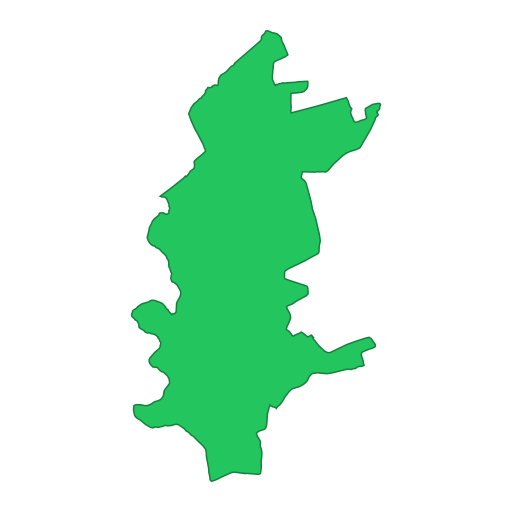 outline of Sanguie, Sanguié, Burkina Faso
{"feature_id": "67063806B51289395143870", "entity_name": "Sanguie", "entity_type": "district", "adm_level": 2, "iso_a3": "BFA", "parent_name": "Burkina Faso", "parent_adm1": "Sanguié", "projection": "albers", "projection_center": [-2.631, 12.224], "detail": "fine", "context": "isolated", "style": "filled", "palette": "green", "viewbox_px": 512, "rotation_deg": 0, "n_neighbors": 0, "source": "geoboundaries", "source_scale": "gbopen_adm2", "svg_char_len": 6052}
<svg xmlns="http://www.w3.org/2000/svg" viewBox="0 0 512 512"><path d="M211.7,481.3L216.4,479.6L222.0,476.8L231.9,472.4L234.5,472.1L244.7,473.5L247.4,473.4L257.9,474.3L259.0,474.3L260.2,473.6L260.7,472.4L261.3,467.1L261.2,460.8L261.6,457.8L261.9,452.9L261.3,449.1L260.2,446.2L260.5,442.3L260.1,440.8L257.0,435.5L256.6,434.6L256.6,433.2L257.4,432.2L259.3,431.0L264.1,429.4L265.3,428.6L265.9,427.5L266.5,425.3L266.9,422.2L267.4,414.1L269.1,407.3L270.0,405.2L270.3,405.6L271.3,406.1L272.1,406.3L272.9,406.9L274.1,407.0L275.6,407.6L276.3,408.5L277.4,406.7L279.9,404.7L281.5,402.6L282.8,400.8L285.0,396.9L289.6,391.0L292.1,388.9L300.3,386.2L304.4,383.7L306.6,381.5L307.4,380.4L309.1,376.8L311.7,373.9L312.8,373.4L317.0,372.8L326.8,373.7L329.0,373.4L331.5,373.0L347.9,369.0L351.5,369.5L353.0,368.7L355.3,368.6L357.9,366.7L362.4,366.1L364.1,365.3L363.3,362.9L363.3,361.5L362.6,359.1L361.2,355.0L361.2,353.8L361.7,352.7L363.1,351.6L369.3,349.1L372.3,348.2L373.6,347.6L374.8,347.0L375.3,346.2L375.5,345.4L375.0,344.1L371.1,338.5L369.0,337.3L364.3,338.5L357.3,340.8L346.7,344.6L330.5,352.4L328.4,352.7L327.2,352.4L324.7,351.2L318.9,345.8L313.5,339.0L312.6,337.3L313.2,337.3L311.5,335.1L310.2,335.6L308.1,336.9L306.5,336.0L305.2,334.8L301.8,332.3L301.2,332.1L300.6,332.2L300.0,333.0L295.1,335.0L293.7,336.1L292.2,335.6L291.3,334.1L289.1,331.3L286.4,329.6L286.3,329.1L287.1,326.3L288.4,323.8L290.6,318.2L290.4,315.6L290.0,314.2L289.3,312.5L287.2,308.9L286.7,307.1L286.9,306.5L287.6,305.9L292.7,303.8L296.0,301.3L305.9,296.0L307.5,294.6L308.0,293.9L308.1,292.8L307.8,288.1L307.4,286.8L306.7,286.2L305.7,285.7L289.4,280.4L284.9,278.7L284.5,277.9L284.6,272.3L284.8,271.3L285.5,270.7L288.5,268.7L305.6,260.5L308.5,258.7L318.0,253.6L318.6,253.0L319.0,251.7L319.2,246.3L320.3,240.6L319.4,234.6L315.7,218.7L312.6,209.6L310.9,200.9L308.0,189.9L306.9,186.4L306.4,183.9L305.2,181.6L304.2,180.4L301.4,178.2L301.4,176.3L302.4,171.8L314.8,172.1L317.4,171.7L319.2,171.9L322.5,171.7L325.4,172.0L326.4,171.6L328.3,170.3L333.2,164.4L342.2,156.1L346.1,153.3L349.9,151.5L356.7,149.4L359.6,148.0L360.7,146.6L370.3,129.9L374.7,120.7L375.5,118.0L376.2,116.9L377.6,115.9L377.7,115.4L378.2,114.9L378.1,114.5L377.5,113.5L377.5,113.0L376.9,112.3L377.2,111.1L378.1,110.8L379.7,108.6L379.6,107.2L380.4,104.9L380.4,104.2L379.5,103.4L378.0,103.4L372.6,104.4L365.9,108.3L365.4,108.8L365.3,110.5L365.7,114.5L366.6,117.5L366.3,118.4L365.0,119.4L362.0,120.1L356.6,122.2L354.7,122.1L353.7,120.6L352.5,117.6L351.9,116.8L350.6,113.1L350.9,110.7L351.8,109.1L351.7,108.7L350.3,107.1L349.5,105.5L348.0,100.7L346.4,97.7L317.1,106.1L291.2,112.9L290.9,111.6L291.1,106.5L290.8,101.9L291.0,93.4L293.5,93.0L294.9,93.1L301.7,92.3L304.1,91.4L306.6,89.0L307.7,86.7L307.9,82.7L307.7,81.3L298.7,81.7L294.8,82.3L287.6,82.7L284.7,83.1L282.6,82.8L281.1,83.5L278.9,83.8L277.3,84.6L276.3,84.5L275.5,85.4L275.1,85.2L272.5,79.7L272.4,78.3L272.4,75.3L273.0,68.9L273.5,63.6L273.8,62.6L275.0,61.4L285.2,56.8L287.9,54.8L283.6,44.4L282.0,41.6L281.2,37.5L277.3,33.9L274.6,33.1L271.8,32.6L269.3,31.3L268.3,31.0L267.5,31.0L267.4,30.7L266.2,30.9L265.8,31.2L265.2,32.1L264.9,33.2L262.2,35.6L261.3,37.7L261.5,38.8L260.9,40.3L259.5,41.7L234.5,63.4L234.4,64.1L233.1,65.6L231.3,66.3L228.8,68.9L227.2,70.9L224.9,72.8L221.2,74.9L220.5,75.7L220.0,76.7L219.5,77.0L219.1,78.0L218.3,80.9L218.3,83.7L217.8,85.3L217.5,85.4L216.3,85.1L214.4,85.0L212.0,86.4L211.8,87.3L211.1,87.6L207.8,87.5L207.7,88.3L207.1,88.7L207.0,89.3L205.6,90.4L205.5,92.3L204.5,94.2L202.3,96.3L201.1,98.1L199.7,98.6L197.1,101.4L194.7,103.2L193.5,104.4L191.1,107.9L188.8,113.4L188.8,113.9L190.7,119.5L194.5,128.2L198.3,135.0L202.8,143.7L205.1,149.5L205.5,151.4L200.5,155.8L196.4,159.1L194.7,160.8L194.0,162.2L194.5,163.9L194.5,166.3L194.0,168.5L190.4,171.1L188.3,174.3L186.2,176.7L185.4,176.1L183.4,178.3L171.3,187.9L160.2,196.2L161.9,197.0L164.5,197.0L166.0,198.1L166.8,199.0L169.0,204.4L169.0,206.4L169.6,207.5L169.6,208.8L169.3,210.1L168.8,210.8L169.0,212.2L168.7,213.1L167.8,213.8L166.4,214.3L165.9,214.3L163.3,212.9L162.5,212.8L159.8,213.0L159.3,213.4L158.8,215.2L154.7,218.5L152.6,221.0L152.2,221.7L151.4,223.8L149.4,227.5L149.0,230.1L147.2,237.5L148.0,240.2L149.3,242.5L150.9,244.3L152.9,245.7L154.7,246.0L156.1,247.6L158.0,248.3L159.1,249.0L160.2,249.9L162.7,252.8L163.5,253.2L166.2,256.1L167.2,258.8L168.5,260.6L168.6,262.5L168.8,263.4L168.7,265.1L169.0,266.0L168.9,266.8L169.6,268.1L170.9,272.0L171.6,273.2L171.7,273.7L170.7,278.3L171.8,281.5L172.0,281.8L174.2,282.6L176.9,284.7L180.5,290.9L180.9,293.0L180.2,296.0L178.6,299.2L177.7,300.7L176.6,303.3L176.1,311.9L174.8,313.4L174.2,313.7L172.8,313.8L171.9,314.6L168.6,311.3L168.3,310.2L167.9,309.8L166.0,308.4L165.5,306.8L162.5,303.6L160.4,302.5L155.1,300.6L153.0,300.2L151.8,300.3L150.3,300.8L148.1,302.1L142.9,303.5L141.0,304.4L137.7,306.7L136.4,308.3L133.0,310.4L132.7,310.9L131.7,314.3L131.6,315.6L132.2,316.9L134.2,318.4L134.9,319.7L136.9,320.9L137.4,321.4L138.8,324.3L139.0,327.2L140.4,328.6L142.4,329.6L143.8,330.5L144.7,331.6L145.7,332.3L147.7,333.0L148.0,332.9L149.8,332.9L151.2,333.8L152.4,333.8L154.7,334.5L157.9,336.8L158.1,337.4L157.8,337.4L158.0,337.9L159.4,339.8L159.9,341.4L160.7,342.3L160.8,342.9L160.0,347.1L159.2,348.6L154.6,352.5L150.0,357.9L149.1,359.8L149.3,362.1L150.4,364.5L152.5,366.6L152.9,367.0L156.9,367.4L157.5,367.7L159.6,370.2L161.6,371.6L163.6,372.3L166.7,375.1L167.7,376.3L168.9,378.6L169.3,380.1L169.6,382.9L169.1,384.1L164.7,389.8L164.2,390.8L163.3,396.0L161.6,398.5L160.1,399.8L157.0,401.1L154.8,401.6L151.2,404.0L148.2,405.4L145.2,405.7L140.3,404.7L136.1,404.8L134.8,405.1L133.9,405.7L133.5,410.1L134.6,415.3L135.4,416.6L137.2,418.3L140.2,420.0L146.0,424.8L150.7,427.5L152.3,427.8L153.3,427.8L155.4,426.8L157.8,427.4L163.0,426.3L164.5,425.5L165.4,425.4L167.5,425.8L172.1,425.4L174.5,424.5L176.5,424.2L178.6,424.8L181.1,426.4L184.5,428.9L186.1,430.9L188.7,432.4L191.4,435.3L192.9,435.9L199.2,442.3L202.8,445.5L205.8,449.6L206.4,454.0L206.3,455.8L208.6,468.2L208.8,472.1L209.9,477.1L210.0,479.5L210.6,480.6L211.7,481.3Z" fill="#22c55e" stroke="#15803d" stroke-width="1.5"/></svg>